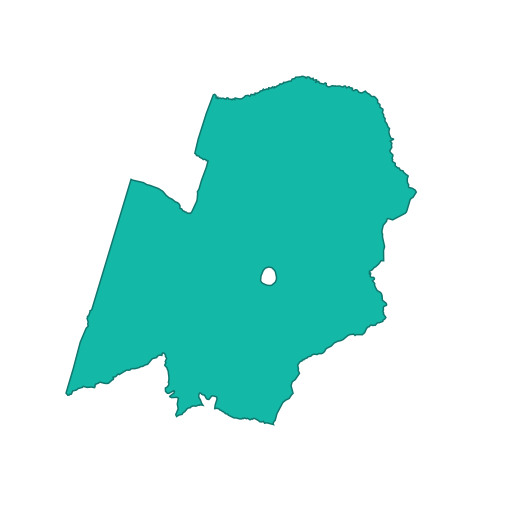 outline of Kamonia, Kasaï-Occidental, Democratic Republic of the Congo, rotated 108°
{"feature_id": "63176286B40120828568077", "entity_name": "Kamonia", "entity_type": "district", "adm_level": 2, "iso_a3": "COD", "parent_name": "Democratic Republic of the Congo", "parent_adm1": "Kasaï-Occidental", "projection": "orthographic", "projection_center": [20.742, -6.517], "detail": "fine", "context": "isolated", "style": "filled", "palette": "teal", "viewbox_px": 512, "rotation_deg": 108, "n_neighbors": 0, "source": "geoboundaries", "source_scale": "gbopen_adm2", "svg_char_len": 6074}
<svg xmlns="http://www.w3.org/2000/svg" viewBox="0 0 512 512"><g transform="rotate(108 256 256)"><path d="M66.8,223.5L67.2,224.7L68.5,225.6L68.5,229.2L69.9,232.5L69.7,233.3L70.3,234.2L70.3,235.8L72.5,238.5L72.8,239.6L72.4,241.4L72.0,242.0L70.2,242.5L70.0,243.6L71.6,244.9L71.9,248.9L70.7,250.3L70.7,250.8L72.1,252.8L70.0,252.6L69.8,253.2L70.9,255.4L70.6,256.2L69.4,256.5L70.5,258.9L69.5,260.2L69.6,261.9L70.0,262.7L71.0,262.9L71.3,263.6L70.7,264.2L70.6,266.5L70.9,267.9L71.7,268.6L73.8,273.6L75.4,274.1L76.5,276.3L79.0,276.8L79.4,278.4L81.8,281.6L82.3,283.3L83.2,283.2L83.6,284.1L84.9,284.9L84.8,286.3L86.5,287.0L88.2,288.9L89.4,289.4L89.4,290.9L90.5,290.8L90.6,291.6L90.1,292.6L91.8,293.6L92.1,295.9L93.6,295.6L93.9,296.3L93.7,297.2L95.7,299.8L95.1,300.6L96.9,301.2L97.8,303.0L99.2,303.3L101.1,305.5L101.3,307.2L103.1,307.1L103.1,308.5L103.6,308.9L103.8,310.6L105.5,310.9L106.0,311.6L105.6,313.1L106.8,315.5L108.6,316.4L111.0,318.3L111.9,321.0L112.2,324.7L113.8,324.6L113.5,325.9L113.8,326.5L114.9,327.1L114.6,328.1L115.2,330.4L114.6,330.9L114.4,332.0L114.8,332.7L116.2,333.0L116.1,336.2L117.0,337.6L116.7,338.4L117.3,340.1L118.1,340.9L116.8,341.5L117.9,342.7L115.8,343.6L115.0,345.2L116.0,346.4L135.8,347.3L162.7,347.1L177.3,345.9L177.6,344.7L178.8,343.6L178.6,341.1L179.5,340.0L180.0,337.0L180.6,336.0L179.8,334.7L180.1,332.9L180.6,332.8L180.5,331.0L186.9,330.6L201.1,331.2L210.0,330.9L213.1,331.6L214.6,330.8L220.1,329.5L222.3,329.3L233.9,330.7L236.0,331.7L235.8,332.5L236.5,334.4L235.8,336.1L236.1,336.9L235.5,338.5L235.6,339.6L234.2,341.2L234.0,343.3L231.9,343.7L230.4,345.1L229.5,347.1L229.4,349.5L227.9,353.3L227.5,356.7L226.1,360.2L223.3,364.6L222.0,369.7L221.6,379.0L221.9,381.7L221.0,385.7L222.0,397.2L221.7,398.5L358.1,395.6L359.5,397.0L360.4,396.6L364.2,396.7L365.6,397.6L366.2,397.1L367.5,397.4L370.6,395.2L372.6,395.0L374.7,393.9L377.2,395.2L392.3,396.5L419.0,395.0L445.1,394.3L446.6,391.8L445.8,390.5L445.0,390.2L444.4,388.9L441.1,388.7L438.9,385.3L437.0,384.2L434.5,380.4L433.3,380.0L433.2,376.0L431.5,372.1L431.1,368.9L430.0,368.7L428.7,369.3L427.9,368.7L427.3,368.8L425.8,366.7L424.2,365.6L423.9,360.7L423.3,358.3L422.5,356.9L418.4,354.5L417.6,353.6L416.6,353.6L415.5,354.5L414.1,352.2L410.9,350.7L411.0,349.4L404.5,343.9L403.9,341.6L403.2,340.5L402.2,340.1L401.4,339.0L400.5,336.2L398.3,332.8L396.8,331.4L396.0,329.6L394.0,327.9L392.5,325.6L385.7,322.9L383.3,319.1L381.6,318.8L380.0,317.1L379.6,314.8L377.5,315.1L376.8,314.2L377.2,312.5L378.6,311.3L379.5,311.1L380.6,309.6L381.3,309.3L384.5,309.7L385.6,308.6L387.3,309.1L388.3,308.9L389.8,306.1L391.2,305.3L392.1,304.2L398.8,301.1L402.0,300.3L403.2,300.4L404.1,299.4L405.8,299.2L408.2,300.1L409.6,301.4L412.7,300.2L413.9,298.0L413.6,296.5L409.6,292.6L409.8,291.8L411.6,291.6L416.1,294.7L416.5,294.4L416.8,292.6L414.9,287.7L415.2,285.9L421.2,285.1L425.3,282.8L431.7,283.3L433.2,281.9L431.1,280.2L429.5,277.4L427.3,276.8L426.0,275.6L422.5,274.3L421.2,273.1L420.6,271.6L419.2,271.0L418.0,269.4L417.3,266.6L415.3,264.3L415.4,263.5L414.7,263.0L414.4,260.3L412.7,262.4L410.2,264.3L407.8,266.9L404.9,267.6L403.6,267.1L403.5,266.0L404.2,265.0L404.4,263.8L404.3,262.0L407.0,259.0L407.3,258.0L407.0,256.4L403.1,255.0L402.3,253.9L402.1,250.5L402.7,249.5L404.5,248.8L409.9,248.8L413.9,248.1L412.9,246.0L412.9,244.0L413.6,242.8L413.6,241.6L414.3,239.6L414.1,238.8L415.0,237.4L414.9,236.7L415.4,236.0L415.1,233.9L415.9,233.3L416.8,227.0L416.1,224.6L416.0,221.2L415.3,219.2L414.4,218.5L414.6,217.9L413.6,216.8L413.7,214.8L412.9,213.8L413.6,211.2L413.3,210.5L412.1,209.8L412.3,208.9L411.1,207.9L410.9,207.1L411.7,203.0L412.5,201.0L412.0,199.2L411.0,197.9L412.4,196.1L411.3,194.3L410.9,187.3L410.2,187.9L409.3,187.9L407.8,187.8L406.4,187.0L399.5,187.4L387.0,185.2L383.9,183.2L381.2,180.4L377.3,179.4L375.2,178.3L368.5,182.6L364.5,182.7L361.4,180.5L354.2,178.4L351.7,180.6L350.3,180.7L346.8,182.7L343.0,181.5L341.5,179.8L340.4,179.6L339.9,178.4L339.2,178.3L337.0,175.8L335.9,175.4L334.3,172.9L332.5,171.9L331.5,170.6L330.8,167.4L329.5,166.2L328.6,163.5L327.4,162.3L325.7,161.3L323.1,160.9L321.7,160.0L318.3,156.5L314.7,154.9L311.7,151.8L310.4,149.4L308.5,147.3L303.3,144.1L301.8,142.5L300.1,138.8L301.0,137.3L299.8,136.4L298.0,130.6L295.4,129.0L291.0,128.5L289.1,127.8L288.3,126.5L286.7,125.9L286.1,125.3L286.0,123.3L285.2,122.2L285.1,121.2L282.1,119.9L281.3,118.1L279.0,115.2L277.9,115.4L276.0,114.0L274.3,113.5L271.9,116.8L270.8,117.0L269.3,118.3L268.0,118.1L265.7,119.0L264.6,118.9L262.6,116.7L261.7,116.8L260.7,117.7L259.0,122.1L254.7,123.9L253.2,125.0L252.2,126.3L251.4,130.1L248.7,133.0L246.9,134.3L245.5,134.6L243.6,137.6L241.6,136.3L240.6,136.5L240.0,137.7L240.7,139.7L240.1,141.1L237.0,141.6L236.7,142.2L237.9,142.2L238.0,142.5L235.5,143.4L233.2,141.2L230.6,140.2L229.3,138.9L225.7,136.9L221.7,135.5L221.1,133.1L211.4,136.4L207.4,136.6L199.0,141.5L195.9,142.5L195.0,143.4L192.9,144.0L187.5,144.5L182.7,142.6L180.4,142.8L179.5,141.8L179.4,137.2L169.1,127.2L167.7,126.6L166.3,126.5L154.8,126.8L153.4,126.3L151.7,124.8L145.7,123.3L144.1,125.1L143.3,128.3L143.6,131.7L143.0,132.4L140.9,132.9L139.8,134.4L137.6,135.4L135.1,136.1L133.4,135.9L132.6,136.3L132.3,137.9L130.8,141.4L129.5,142.6L129.9,145.1L128.1,147.1L128.4,148.4L127.4,151.0L127.0,151.6L124.8,152.2L124.0,155.1L123.3,155.9L122.1,155.8L120.8,156.9L119.0,156.7L117.6,157.0L116.1,159.9L114.8,161.3L110.7,160.4L108.6,161.5L106.7,161.6L105.2,163.9L102.6,161.3L102.2,161.5L102.3,164.1L99.5,166.5L97.0,168.0L93.5,168.4L92.4,170.5L89.8,172.4L87.9,175.1L85.3,175.7L84.2,177.6L82.3,178.2L80.5,180.2L77.9,180.3L77.1,180.8L76.2,184.1L73.6,185.0L72.6,187.7L70.1,188.5L68.2,191.6L67.8,193.0L68.5,194.9L68.2,196.3L67.2,197.7L66.6,200.8L65.4,203.0L68.3,205.8L68.5,208.6L67.0,211.0L66.9,211.9L67.1,212.7L68.6,214.1L68.2,215.9L66.8,216.0L66.5,216.7L67.0,218.3L66.2,219.9L68.1,221.7L66.8,223.5ZM273.3,245.1L267.4,244.6L264.7,243.4L262.5,240.5L262.2,237.3L263.6,234.5L264.9,232.8L267.9,231.0L270.4,229.7L272.7,229.3L275.2,229.7L279.2,232.2L280.2,235.4L280.4,237.3L279.9,241.3L279.1,243.0L277.8,244.1L273.3,245.1Z" fill="#14b8a6" stroke="#0f766e" stroke-width="1.5"/></g></svg>